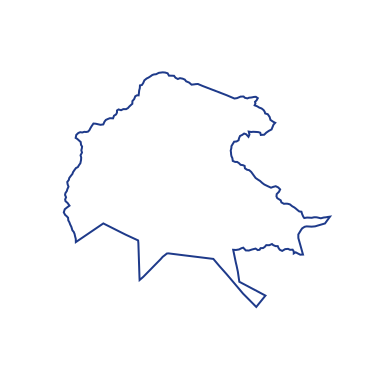 Brejo de Areia, Maranhão, Brazil, rotated 41°
{"feature_id": "56859067B39393639744648", "entity_name": "Brejo de Areia", "entity_type": "district", "adm_level": 2, "iso_a3": "BRA", "parent_name": "Brazil", "parent_adm1": "Maranhão", "projection": "albers", "projection_center": [-45.637, -4.369], "detail": "fine", "context": "isolated", "style": "outline", "palette": "blue", "viewbox_px": 384, "rotation_deg": 41, "n_neighbors": 0, "source": "geoboundaries", "source_scale": "gbopen_adm2", "svg_char_len": 3603}
<svg xmlns="http://www.w3.org/2000/svg" viewBox="0 0 384 384"><g transform="rotate(41 192 192)"><path d="M209.4,85.2L206.8,85.8L203.9,86.1L201.3,84.4L198.1,83.6L195.7,84.7L194.1,83.7L192.2,83.2L189.7,83.3L187.3,84.2L185.2,84.5L182.4,85.5L181.8,83.6L180.4,82.6L180.6,80.5L180.1,78.0L177.7,78.3L176.4,79.6L174.9,81.6L173.2,83.4L172.4,85.0L170.1,86.2L168.3,86.1L166.1,88.1L164.4,91.6L162.7,93.6L154.7,96.2L130.5,105.0L125.6,106.6L124.0,108.2L122.8,109.6L121.2,111.3L118.0,111.3L115.0,112.3L112.8,111.9L110.6,112.6L108.2,114.0L107.2,116.0L104.6,116.6L102.2,116.1L100.2,117.7L98.3,119.3L95.7,118.4L93.3,119.5L91.4,120.9L88.8,123.8L87.6,126.7L86.2,128.2L85.3,129.7L84.8,131.8L84.1,134.2L83.3,136.1L82.8,139.0L83.7,141.8L84.0,144.1L82.8,145.7L84.5,147.9L85.5,150.0L87.2,152.4L88.3,154.1L87.0,155.2L86.4,157.0L87.4,159.8L87.4,162.5L89.1,164.6L88.8,166.7L88.6,168.8L88.6,170.7L87.9,172.7L85.8,174.5L84.8,176.8L82.4,177.9L81.9,179.7L83.3,181.3L83.8,183.3L83.1,185.6L84.1,188.2L81.6,190.2L80.6,192.1L79.7,194.1L79.8,196.2L80.7,199.2L78.9,201.3L74.6,203.6L72.7,205.0L73.1,208.5L73.5,210.6L74.0,212.6L73.9,214.7L72.7,216.2L71.3,217.2L70.1,219.1L68.4,220.2L67.5,222.0L67.2,224.8L68.7,227.5L70.6,227.2L75.2,227.3L77.3,229.2L79.2,229.8L80.2,231.3L81.1,233.1L83.1,234.4L83.8,237.4L85.8,238.7L87.3,240.7L88.9,243.6L89.1,245.9L89.5,248.1L88.7,250.1L88.9,252.7L89.2,255.1L89.9,256.8L90.0,259.6L90.2,262.0L91.1,263.7L91.3,266.3L93.1,267.8L95.3,269.0L96.1,271.7L96.9,273.4L97.2,275.9L98.1,277.5L100.4,278.6L101.1,280.8L102.5,281.9L105.3,281.9L108.5,282.7L107.8,285.7L107.3,288.5L108.6,291.5L111.2,292.5L113.1,292.5L115.3,292.7L117.3,294.6L119.3,295.3L121.3,296.4L123.9,297.5L126.9,299.4L128.9,299.7L130.9,300.7L132.9,302.2L135.0,303.6L137.2,306.0L145.7,273.9L164.6,269.1L170.0,267.7L183.1,263.9L185.0,265.7L208.2,290.7L210.2,292.8L210.9,287.9L212.4,263.1L212.4,260.2L213.0,257.2L213.4,254.9L214.6,253.7L227.4,245.1L252.0,228.5L259.2,229.6L261.8,230.0L272.0,231.3L284.4,233.2L297.2,235.2L302.8,235.6L315.9,236.6L315.4,222.0L286.6,228.7L278.8,222.0L273.9,218.3L271.5,216.6L261.0,208.6L263.2,206.9L265.2,204.5L266.2,202.0L267.2,200.4L270.9,200.8L273.3,198.9L275.1,195.9L277.1,193.0L279.7,192.7L280.9,191.3L280.6,189.4L282.4,187.7L282.9,185.8L282.9,183.4L285.2,181.5L286.5,178.8L288.2,178.8L290.6,178.0L292.2,176.6L293.8,177.4L296.1,178.0L298.7,177.3L299.8,174.0L301.8,171.9L303.9,171.3L305.8,169.5L307.8,170.1L309.1,171.6L309.8,169.5L312.4,168.9L314.8,168.3L316.8,166.4L302.5,157.0L300.1,154.3L299.2,149.1L299.0,147.2L299.8,144.4L301.0,142.8L305.1,139.6L307.5,137.1L309.2,134.4L313.0,128.5L312.3,120.1L310.9,121.7L309.7,123.2L308.1,124.9L306.5,127.3L304.4,128.4L302.7,129.3L300.7,131.0L299.3,132.9L295.6,135.8L293.8,138.0L292.1,137.6L289.6,136.4L287.5,135.1L285.7,136.3L283.4,136.4L281.4,136.4L279.4,136.5L277.0,137.0L274.0,137.1L271.9,138.1L270.5,139.2L269.1,140.6L266.3,141.2L264.4,140.1L260.4,140.7L258.6,139.9L257.3,138.0L257.5,134.7L256.8,132.2L254.0,132.0L251.4,132.7L249.9,134.9L248.8,136.9L245.4,137.9L241.7,138.9L239.0,139.1L236.2,139.0L233.5,139.4L230.8,139.7L223.5,138.0L220.9,138.0L218.9,139.1L216.4,139.4L214.6,137.8L212.9,138.3L210.8,139.6L208.4,139.4L206.3,139.7L204.8,141.0L202.4,141.8L200.3,140.0L198.3,139.1L196.9,138.0L195.4,136.5L194.1,135.4L192.8,132.9L191.7,131.5L191.3,129.3L190.8,126.4L192.5,124.6L193.2,122.4L192.2,120.5L191.5,118.2L192.4,116.1L193.0,113.7L194.9,112.9L198.4,113.3L197.7,111.0L195.2,109.2L197.3,107.9L198.6,106.5L201.0,104.6L202.9,103.2L204.6,102.5L206.5,103.8L208.9,101.4L209.1,98.5L209.9,95.4L211.0,92.6L209.3,87.6L209.4,85.2Z" fill="none" stroke="#1e3a8a" stroke-width="2"/></g></svg>